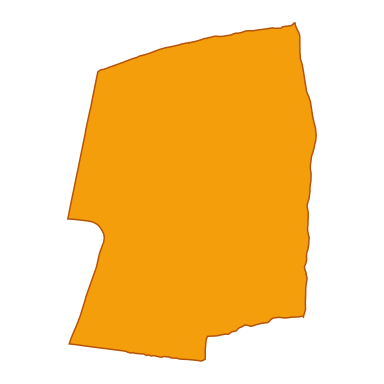 Chatuchak, Bangkok Metropolis, Thailand (Robinson projection)
{"feature_id": "78962969B62274513828859", "entity_name": "Chatuchak", "entity_type": "district", "adm_level": 2, "iso_a3": "THA", "parent_name": "Thailand", "parent_adm1": "Bangkok Metropolis", "projection": "robinson", "projection_center": [100.572, 13.827], "detail": "fine", "context": "isolated", "style": "filled", "palette": "amber", "viewbox_px": 384, "rotation_deg": 0, "n_neighbors": 0, "source": "geoboundaries", "source_scale": "gbopen_adm2", "svg_char_len": 5743}
<svg xmlns="http://www.w3.org/2000/svg" viewBox="0 0 384 384"><path d="M295.2,23.1L294.2,23.0L293.9,23.1L293.8,23.3L293.8,23.6L291.4,25.4L291.2,25.5L290.8,25.7L290.3,25.8L289.2,25.9L288.5,26.0L285.5,26.3L284.3,26.5L283.1,26.8L282.7,26.8L282.2,27.1L281.8,27.6L281.6,27.8L280.9,28.1L280.4,28.2L280.0,28.2L278.1,28.2L275.0,28.3L274.5,28.3L274.0,28.1L272.7,27.9L272.2,27.9L270.9,28.1L266.4,28.9L262.3,29.4L259.3,29.7L257.1,30.1L252.9,30.8L251.4,30.7L246.4,30.9L245.8,31.0L240.4,32.8L237.7,33.2L236.2,33.1L233.6,33.8L231.0,34.9L230.0,35.2L226.0,35.7L225.0,35.9L224.5,36.1L222.7,36.3L222.1,36.4L219.6,36.5L215.8,36.2L215.2,36.2L214.5,36.3L213.4,36.5L210.5,37.3L210.2,37.4L208.0,37.7L207.6,37.9L207.3,38.1L207.0,38.2L205.2,38.5L204.1,38.6L203.6,38.7L203.1,39.1L202.2,39.4L196.6,41.1L194.3,41.7L192.4,42.0L191.0,42.3L190.8,42.4L190.3,42.7L190.1,42.8L189.9,42.8L189.6,42.8L189.3,42.8L189.2,42.8L189.0,42.6L188.8,43.1L186.9,43.0L186.5,43.1L186.0,43.1L185.1,43.3L182.7,43.8L181.1,44.2L180.4,44.5L179.7,44.7L179.0,44.9L177.0,45.4L176.5,45.5L175.7,45.7L173.0,46.3L172.4,46.4L169.2,47.1L165.8,47.7L163.4,48.3L162.1,48.7L159.4,49.5L157.1,50.4L156.5,50.6L147.3,54.0L145.1,54.6L139.4,56.1L136.6,57.5L136.1,57.7L135.6,57.8L134.4,58.1L132.6,58.7L126.9,60.8L122.8,62.5L121.2,63.0L119.7,63.6L118.2,64.1L116.2,64.8L112.9,66.0L109.2,67.3L105.6,68.7L103.7,69.3L100.7,70.0L99.1,70.8L97.8,72.0L94.8,86.8L94.4,88.9L94.0,90.8L92.5,98.1L90.9,106.7L90.3,109.3L90.1,109.7L85.8,129.8L85.4,132.9L82.3,147.8L77.4,172.0L76.3,177.1L73.8,189.5L70.8,203.8L68.6,215.1L67.8,218.9L73.6,219.3L78.2,219.8L86.7,220.8L89.2,221.2L90.0,221.3L92.7,222.0L94.2,222.7L96.8,224.1L97.4,224.6L98.7,225.7L99.9,227.2L100.9,228.6L102.1,230.5L103.4,233.2L103.9,234.5L104.0,235.5L104.2,236.7L104.2,237.5L104.2,238.4L104.1,239.6L103.9,240.6L103.5,242.7L102.3,245.6L100.7,250.1L99.8,252.5L99.2,254.7L97.9,260.7L96.7,266.0L96.6,266.5L95.6,269.5L94.0,274.0L92.5,278.2L92.0,279.6L86.9,294.1L86.0,296.7L84.9,300.9L83.2,306.3L82.4,308.9L80.1,316.2L78.2,321.3L75.8,327.1L74.2,330.9L72.7,334.5L72.2,335.6L70.9,338.9L70.4,340.4L69.6,342.8L69.2,343.9L73.4,344.4L74.8,344.5L81.3,345.4L86.0,346.1L90.8,346.7L93.8,347.1L101.3,348.1L107.8,348.8L110.2,349.2L123.5,350.9L125.5,351.3L126.0,351.4L127.4,352.1L128.1,352.3L129.0,352.6L129.7,352.7L130.2,352.8L130.8,353.0L131.1,353.1L131.8,352.8L132.3,352.6L132.6,352.6L133.0,352.7L134.5,353.2L135.5,353.4L138.1,353.6L140.0,353.8L141.3,353.9L142.3,353.9L143.1,353.9L144.0,354.1L145.8,355.1L146.2,355.2L146.3,355.3L146.6,355.3L146.8,355.3L147.0,355.3L147.4,355.2L147.7,355.1L148.7,355.1L149.1,355.1L151.2,356.0L151.4,356.0L151.7,356.0L153.0,355.7L153.8,355.6L154.4,355.7L156.3,356.2L159.8,357.0L160.5,357.1L161.5,357.1L162.1,357.1L162.3,357.0L164.1,356.5L164.5,356.5L166.8,356.9L167.2,356.9L168.2,356.8L168.4,356.8L168.6,356.9L169.0,357.0L171.2,357.9L171.7,358.0L172.1,358.0L176.3,358.2L176.5,358.2L177.6,358.5L179.3,358.9L180.5,359.1L181.4,359.2L184.4,359.3L187.0,359.4L191.3,359.8L195.4,360.2L198.2,360.5L200.5,361.0L201.1,360.9L202.8,360.6L204.7,359.4L205.2,359.2L205.3,354.9L205.2,352.0L205.2,350.2L205.5,347.0L206.1,340.3L206.3,339.4L207.1,337.1L207.2,336.9L207.4,336.8L207.4,336.4L207.5,336.4L209.8,336.2L213.4,336.1L217.1,335.8L218.6,335.5L219.8,335.2L223.2,334.5L225.8,334.1L226.2,334.1L228.0,334.3L228.4,334.2L229.2,333.7L230.7,332.6L231.4,332.1L231.9,331.9L232.3,331.7L233.6,331.5L235.8,331.0L236.2,330.9L236.3,330.8L236.5,330.6L238.2,328.7L238.9,328.1L239.1,328.0L239.7,327.6L240.3,327.3L241.6,327.0L244.1,325.4L244.4,325.3L244.7,325.2L245.3,325.1L246.7,325.2L247.3,325.2L248.3,325.5L249.7,326.0L250.6,326.3L250.9,326.3L252.6,325.9L253.0,325.8L257.2,324.4L260.8,323.5L264.5,322.9L266.6,322.8L268.1,322.3L268.2,322.2L269.3,321.3L270.4,320.0L271.6,319.0L272.1,318.7L272.4,318.5L273.4,318.1L273.9,317.9L278.2,317.4L279.3,317.3L280.1,317.4L282.1,317.7L283.4,317.9L284.9,317.9L287.3,317.8L290.9,317.3L292.6,317.1L296.9,317.0L298.3,316.9L298.5,316.9L302.0,316.3L302.4,316.3L302.9,316.4L303.4,316.9L303.4,316.7L303.5,316.3L305.4,310.0L305.5,309.4L305.5,308.4L305.4,304.8L305.3,302.8L305.6,296.1L305.7,289.3L305.8,287.2L306.2,283.8L306.8,280.7L307.0,278.7L307.0,277.8L307.0,277.5L306.8,277.0L306.0,274.0L306.2,273.9L306.2,273.6L305.5,271.1L305.2,270.7L304.5,267.7L304.5,267.0L304.5,266.6L304.7,266.0L305.6,264.0L306.3,261.4L306.5,260.5L306.6,260.1L306.6,259.0L306.6,258.4L306.5,256.4L306.6,253.6L306.7,253.2L306.8,252.8L306.9,252.4L307.8,249.9L307.9,249.4L308.6,245.1L308.7,244.3L308.8,243.3L308.8,242.4L308.8,240.9L309.2,237.8L308.5,235.0L307.8,231.8L307.6,229.8L307.6,227.6L307.9,225.2L307.9,224.8L308.0,220.3L308.0,219.9L308.0,219.1L308.3,217.6L308.2,217.3L308.2,215.4L308.2,214.1L308.2,212.1L308.0,211.4L307.1,206.5L307.1,206.3L307.1,206.1L307.1,205.6L307.6,203.3L308.4,200.4L308.9,199.1L309.0,198.6L310.0,191.3L309.9,190.6L309.9,190.0L309.9,188.5L310.1,186.3L310.3,184.4L310.6,183.1L310.8,181.7L310.9,180.4L311.0,177.5L311.1,173.9L311.1,173.5L311.0,172.9L310.9,172.4L310.7,171.3L310.6,170.8L310.5,170.0L310.3,167.9L310.4,166.1L310.4,164.5L310.7,163.0L311.1,159.6L311.4,157.3L311.6,156.4L311.9,155.1L312.2,154.2L312.7,152.8L314.3,147.2L314.7,144.5L315.4,142.1L315.6,141.3L315.7,140.5L315.9,138.5L316.1,136.4L316.2,135.7L316.0,133.9L315.8,131.6L315.7,130.0L315.5,128.5L314.9,125.8L314.1,123.0L313.5,120.3L313.1,118.3L312.8,116.7L312.4,115.0L312.2,113.3L311.4,108.0L310.6,102.8L310.5,102.1L309.9,100.1L308.8,96.8L307.6,94.2L306.8,91.9L306.6,91.3L306.2,89.6L306.1,88.2L305.1,82.2L304.4,77.8L303.3,70.6L302.1,64.1L301.3,61.8L300.8,60.1L300.3,57.9L300.1,54.1L300.0,53.8L299.9,53.7L299.9,48.6L299.8,44.0L299.8,38.4L299.8,36.4L299.7,35.8L299.2,33.9L298.6,32.2L297.3,29.8L295.8,26.3L295.2,24.7L295.2,23.5L295.2,23.1Z" fill="#f59e0b" stroke="#b45309" stroke-width="1.5"/></svg>